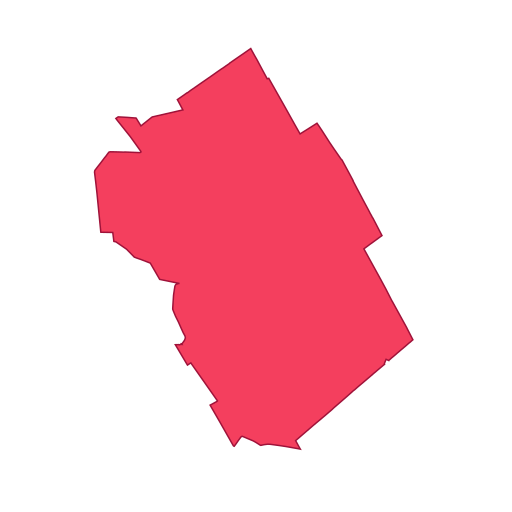 outline of Comana, Constanta, Romania, rotated 240°
{"feature_id": "2599482B35418579984246", "entity_name": "Comana", "entity_type": "district", "adm_level": 2, "iso_a3": "ROU", "parent_name": "Romania", "parent_adm1": "Constanta", "projection": "natural_earth1", "projection_center": [28.343, 43.896], "detail": "fine", "context": "isolated", "style": "filled", "palette": "rose", "viewbox_px": 512, "rotation_deg": 240, "n_neighbors": 0, "source": "geoboundaries", "source_scale": "gbopen_adm2", "svg_char_len": 3417}
<svg xmlns="http://www.w3.org/2000/svg" viewBox="0 0 512 512"><g transform="rotate(240 256 256)"><path d="M445.2,203.4L442.7,203.7L422.3,206.8L404.1,208.6L403.6,208.4L403.5,207.7L403.7,207.0L405.0,204.9L408.1,200.0L411.7,194.3L411.9,193.7L413.9,190.5L416.9,185.6L418.5,182.9L418.9,182.3L419.1,181.9L419.3,181.4L419.4,181.0L419.4,180.9L419.5,180.6L419.0,179.3L418.4,177.9L417.8,176.6L417.2,175.1L416.9,174.2L414.4,168.3L412.8,164.3L411.0,159.9L410.5,159.0L409.5,158.2L409.4,158.1L399.8,154.0L390.2,149.8L354.2,133.5L353.8,134.1L348.0,143.7L347.7,143.6L339.7,140.2L338.2,141.8L328.3,146.5L326.6,147.3L316.1,150.0L315.9,150.0L315.0,150.8L314.3,151.3L310.4,154.7L302.7,160.9L295.0,160.9L283.9,160.9L270.5,176.0L271.0,174.9L271.2,173.7L271.4,172.4L270.9,171.3L270.2,170.5L266.6,167.6L263.3,165.0L257.0,160.8L252.3,157.7L251.3,157.2L249.4,156.9L244.1,156.2L237.5,155.8L231.1,155.1L225.9,154.6L222.3,154.5L221.2,154.2L220.3,153.8L218.8,152.0L217.8,149.9L217.0,148.0L217.2,147.7L216.4,147.7L217.1,146.7L217.2,146.2L217.3,145.4L217.8,144.9L218.8,143.1L219.0,142.8L219.5,141.8L195.8,142.1L196.0,146.1L195.9,146.1L149.8,150.2L149.6,149.3L149.8,141.7L143.8,141.7L130.6,141.7L103.1,141.5L102.3,141.8L102.1,142.0L103.4,145.0L105.1,148.6L106.7,152.2L106.9,153.4L106.8,153.7L106.7,153.9L106.6,154.1L106.3,154.3L97.2,161.2L94.8,162.6L91.6,164.3L90.2,165.0L89.8,165.3L89.6,165.5L88.7,168.3L88.4,169.1L87.2,172.0L85.8,174.2L83.4,177.3L80.0,181.7L76.0,186.7L68.1,196.1L66.6,197.8L67.0,197.8L72.1,197.9L76.3,198.0L80.6,220.6L82.7,232.6L85.0,245.0L85.6,247.4L87.3,256.3L88.2,260.9L88.2,261.0L90.4,271.8L90.6,272.6L90.7,273.0L90.8,274.4L91.6,278.2L92.3,282.1L93.8,290.3L94.5,294.2L95.2,297.8L95.3,298.4L95.5,299.4L95.7,300.4L95.8,301.3L96.1,302.7L96.5,304.8L96.5,305.0L96.7,305.9L96.7,306.4L96.8,306.7L97.1,308.4L97.8,312.2L97.9,313.2L98.7,313.4L99.2,314.1L100.4,315.6L101.5,317.0L99.1,318.7L99.2,318.8L99.7,321.4L99.7,321.5L99.9,322.2L100.3,324.7L100.9,328.0L101.3,329.8L101.6,331.6L102.2,334.7L102.6,337.2L102.8,338.1L102.9,338.7L103.0,339.1L103.0,339.4L103.6,342.4L104.0,344.4L104.1,344.9L104.3,346.5L104.8,348.8L104.9,349.4L104.9,349.6L105.0,350.0L117.5,350.6L118.6,350.7L128.4,350.9L137.9,351.1L142.7,351.2L147.4,351.3L149.8,351.3L163.3,352.0L164.0,352.0L170.3,352.2L170.7,352.2L173.6,352.3L174.1,352.3L188.8,352.6L208.2,353.0L208.3,353.1L208.3,353.3L208.9,358.6L209.2,361.0L209.3,362.3L209.4,363.4L209.5,364.3L210.3,371.5L210.7,375.3L210.9,375.3L223.6,375.9L228.3,376.1L230.4,376.2L231.1,376.1L231.9,376.1L233.2,376.2L235.1,376.2L235.9,376.2L237.3,376.3L239.8,376.4L246.5,376.6L252.5,376.8L262.9,377.2L263.2,377.2L272.7,377.6L272.8,377.8L278.9,378.0L296.1,378.5L297.5,378.1L309.5,377.1L313.6,376.8L317.7,376.5L322.4,376.3L330.7,375.9L337.2,375.5L338.1,375.4L340.5,375.2L340.3,370.8L339.7,355.2L351.4,355.3L372.0,355.6L403.5,355.9L403.9,354.3L413.7,354.6L426.1,355.0L428.6,355.0L430.1,355.0L435.5,355.1L438.3,355.2L436.2,329.6L436.0,329.2L435.7,325.5L435.7,325.0L435.5,323.6L435.4,321.8L435.3,321.3L435.3,320.0L434.8,313.8L434.6,311.9L434.3,308.6L433.4,297.8L433.3,296.4L432.9,291.7L432.3,284.5L432.1,281.9L432.0,281.2L431.6,278.3L431.8,278.1L431.8,277.9L431.4,273.6L431.1,270.1L430.8,266.1L430.6,266.1L419.1,265.7L428.2,236.1L428.3,235.3L426.2,221.4L426.5,221.4L429.9,221.3L433.1,221.2L434.2,221.2L435.5,221.1L436.4,219.7L440.5,213.7L445.4,206.2L445.3,204.7L445.2,203.4Z" fill="#f43f5e" stroke="#9f1239" stroke-width="1.5"/></g></svg>